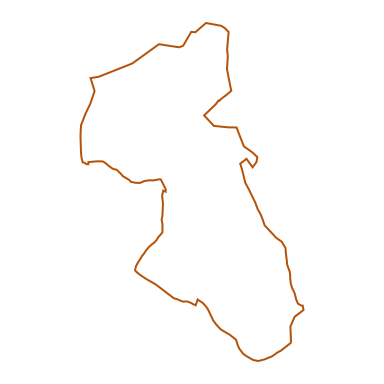 Sabuwa, Katsina, Nigeria (Natural Earth projection)
{"feature_id": "59680162B20254719160886", "entity_name": "Sabuwa", "entity_type": "district", "adm_level": 2, "iso_a3": "NGA", "parent_name": "Nigeria", "parent_adm1": "Katsina", "projection": "natural_earth1", "projection_center": [7.05, 11.346], "detail": "fine", "context": "isolated", "style": "outline", "palette": "amber", "viewbox_px": 384, "rotation_deg": 0, "n_neighbors": 0, "source": "geoboundaries", "source_scale": "gbopen_adm2", "svg_char_len": 2166}
<svg xmlns="http://www.w3.org/2000/svg" viewBox="0 0 384 384"><path d="M82.7,162.4L84.3,162.6L85.4,163.5L86.6,164.2L88.3,164.2L88.4,162.1L97.1,161.3L102.7,161.4L105.8,163.3L108.9,166.0L112.8,168.8L116.7,169.8L120.6,173.5L122.9,176.2L126.1,178.1L129.2,179.9L130.8,181.8L135.5,182.8L140.2,182.9L144.2,181.1L149.0,180.3L153.7,180.4L158.4,179.4L160.8,179.4L165.7,189.2L165.6,191.7L164.8,191.4L163.2,190.6L162.1,195.8L163.0,203.5L162.4,216.2L161.7,219.0L161.8,220.8L162.5,224.1L162.4,232.4L160.1,235.1L158.5,236.9L156.2,240.5L154.6,242.3L152.2,244.1L149.1,246.8L147.5,248.7L146.0,250.5L143.6,254.1L142.1,255.9L140.5,258.6L139.1,260.8L138.2,262.2L137.8,262.8L135.8,266.7L135.0,270.3L136.6,272.1L140.4,275.1L145.9,278.8L156.0,284.6L165.9,292.2L173.6,298.1L177.0,299.2L181.2,301.0L183.5,301.7L185.6,301.4L188.0,301.7L189.6,302.4L191.3,303.0L192.6,303.9L195.7,305.3L197.6,299.5L202.7,302.9L205.9,306.4L207.9,309.2L213.1,320.3L216.7,325.1L220.6,329.3L224.4,331.6L229.7,334.7L236.0,339.7L237.7,345.0L239.1,348.3L243.1,353.7L246.1,355.9L253.1,360.0L258.3,361.0L264.6,359.4L272.3,356.2L278.2,352.0L280.9,350.7L290.4,343.2L290.5,343.1L291.0,341.8L290.4,326.4L294.7,316.7L303.5,310.0L302.7,305.6L301.2,305.5L297.9,303.6L296.2,299.4L294.7,293.4L292.2,288.2L290.7,283.3L290.2,278.6L290.2,275.3L289.7,271.7L288.0,267.0L287.2,264.8L286.8,260.6L285.8,252.6L285.5,248.0L281.7,241.7L276.2,237.8L273.7,235.1L264.6,225.3L262.1,217.9L260.5,214.1L257.7,209.1L255.2,202.4L248.3,188.3L245.3,182.8L243.1,173.9L241.9,168.9L240.2,163.7L246.5,158.8L252.6,167.3L256.4,162.2L256.7,160.6L257.3,157.0L252.5,152.5L243.9,146.4L238.7,133.1L236.6,127.5L227.6,127.3L213.9,125.9L204.1,115.4L215.8,104.2L218.5,100.6L219.1,100.9L220.0,100.3L220.9,99.1L226.3,95.0L231.3,90.8L230.5,87.2L228.7,78.1L227.0,69.1L227.8,56.3L227.1,49.5L228.6,32.0L224.7,28.0L221.2,25.8L206.0,23.0L195.4,32.2L191.2,31.9L183.2,45.7L179.3,47.3L166.0,45.3L159.0,44.2L132.2,63.5L110.0,72.3L106.2,73.8L98.6,76.8L90.5,78.1L91.9,82.2L94.6,91.1L90.3,103.8L88.1,108.3L85.4,113.9L84.1,117.4L81.0,125.3L81.0,126.0L80.8,129.1L80.7,131.0L80.7,131.6L80.5,136.1L81.0,152.5L81.5,157.7L82.7,162.4Z" fill="none" stroke="#b45309" stroke-width="2"/></svg>